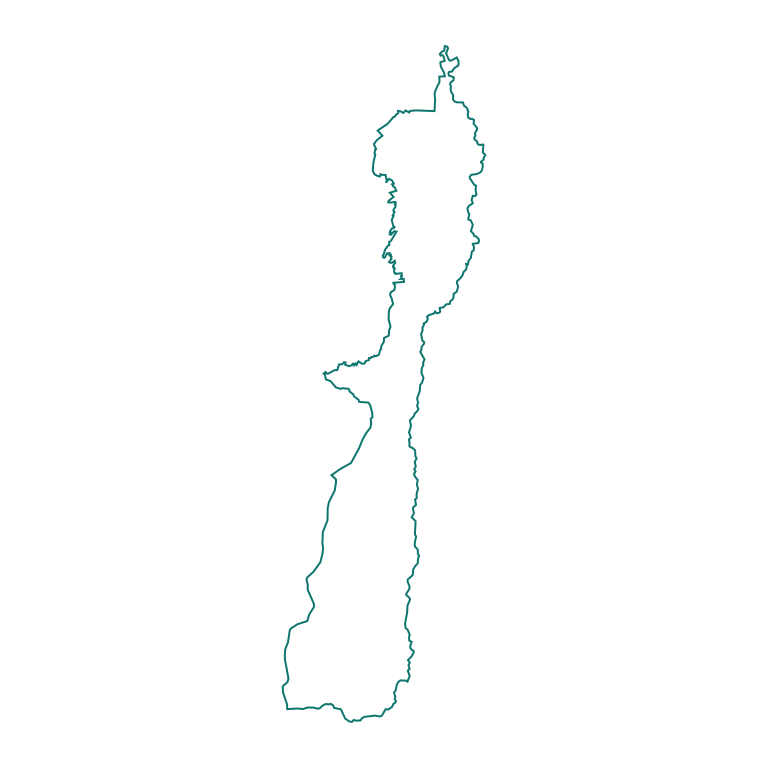 Villa Del Rosario, Norte de Santander, Colombia
{"feature_id": "7082276B64319066043835", "entity_name": "Villa Del Rosario", "entity_type": "district", "adm_level": 2, "iso_a3": "COL", "parent_name": "Colombia", "parent_adm1": "Norte de Santander", "projection": "albers", "projection_center": [-72.471, 7.772], "detail": "fine", "context": "isolated", "style": "outline", "palette": "teal", "viewbox_px": 768, "rotation_deg": 0, "n_neighbors": 0, "source": "geoboundaries", "source_scale": "gbopen_adm2", "svg_char_len": 6085}
<svg xmlns="http://www.w3.org/2000/svg" viewBox="0 0 768 768"><path d="M407.5,681.6L409.7,675.9L407.8,670.7L409.6,668.9L408.5,665.3L409.8,662.6L408.0,660.2L411.7,656.2L413.6,652.6L413.6,650.9L411.5,649.7L410.3,647.7L410.2,645.9L411.7,641.9L409.3,640.6L409.0,637.2L409.7,634.8L407.6,629.6L405.7,628.2L405.0,623.9L407.1,612.7L407.5,605.5L410.1,599.4L409.4,597.8L406.2,594.9L406.3,593.8L409.4,588.8L409.5,586.4L407.6,581.5L407.7,579.5L412.7,575.1L413.2,569.6L415.0,566.3L417.7,563.4L418.0,559.2L419.1,555.9L417.9,553.9L417.7,549.4L414.8,546.4L414.8,542.2L416.1,536.7L414.9,534.0L415.6,521.2L411.7,517.3L413.9,513.3L413.0,508.8L413.3,507.2L416.0,504.9L415.1,499.5L416.7,498.0L416.6,494.0L418.0,488.7L416.9,484.6L417.7,479.9L415.1,476.8L414.0,474.0L415.6,471.4L414.2,469.3L415.8,466.4L414.7,462.1L416.6,458.4L415.4,456.3L415.1,450.5L413.0,448.2L410.2,447.0L409.3,445.8L409.6,443.1L408.9,439.4L410.9,437.5L409.0,432.5L411.0,425.7L409.9,420.3L413.7,416.4L414.8,413.4L417.4,411.0L418.4,408.8L417.0,405.7L418.1,403.0L417.1,398.3L419.8,391.1L420.1,385.2L422.0,382.7L423.3,378.8L423.4,377.5L421.5,373.1L421.7,368.3L423.3,365.2L423.1,362.8L424.5,359.3L420.3,352.0L421.5,349.2L421.5,347.0L424.1,343.6L424.3,342.2L422.6,341.0L421.1,334.3L422.6,330.2L422.4,327.9L424.0,324.8L423.5,323.7L426.7,321.6L427.8,319.0L427.0,316.7L428.9,315.1L433.7,313.6L435.1,311.5L436.5,313.3L439.5,312.6L440.2,311.6L439.6,308.0L443.4,307.3L446.3,304.3L449.7,303.9L450.5,300.9L452.3,299.8L453.5,297.4L453.7,293.9L456.7,291.7L458.2,286.7L456.8,282.8L457.1,281.2L460.2,278.4L462.5,275.4L463.5,272.1L466.3,269.3L466.7,265.8L466.2,264.0L468.0,264.4L468.5,260.8L470.8,258.0L471.9,251.5L473.7,250.4L474.0,247.2L472.8,243.8L478.3,243.0L479.1,240.9L478.5,238.8L476.3,236.6L474.2,235.9L473.5,233.8L470.9,231.2L472.8,224.7L470.8,220.4L468.5,219.6L468.2,218.8L469.3,214.4L468.0,211.7L467.5,208.1L468.9,206.0L472.8,203.2L471.6,200.1L472.8,195.8L474.8,196.1L476.4,194.8L475.6,189.7L476.0,185.7L474.3,184.9L469.9,178.3L469.7,176.9L471.2,174.8L477.1,174.0L481.0,171.9L482.3,169.0L482.8,165.5L482.6,163.4L481.1,162.7L480.9,161.8L483.7,159.5L483.7,157.6L485.3,155.1L482.8,152.2L483.4,145.0L482.9,144.5L480.0,145.0L478.0,144.3L477.3,143.3L477.4,141.9L474.4,139.1L474.3,137.5L475.5,135.5L474.9,133.3L477.0,129.5L476.9,127.6L473.6,123.7L474.0,119.9L472.0,118.8L470.3,119.0L468.0,117.1L467.8,113.6L468.4,111.9L467.5,110.5L467.8,109.6L466.4,107.4L463.9,105.6L463.0,102.5L456.4,102.3L454.3,101.2L453.0,99.4L453.1,94.8L451.2,92.1L450.6,89.2L451.0,86.7L450.1,84.2L450.8,82.3L453.5,80.2L453.8,77.3L448.9,75.5L448.4,73.5L449.0,72.0L452.0,71.5L454.1,68.3L458.4,65.4L458.6,61.2L456.7,57.5L451.0,60.6L449.8,60.6L448.9,59.8L446.1,53.4L448.0,48.3L447.3,46.7L444.8,46.1L444.2,50.6L441.8,51.8L439.8,54.0L440.6,55.6L442.2,55.1L443.0,55.7L444.0,57.6L444.6,61.0L440.4,62.1L440.4,63.6L440.9,66.8L443.8,72.2L444.9,76.3L439.3,76.6L439.5,82.0L435.5,90.3L434.6,93.8L435.1,99.9L434.5,111.1L415.6,110.4L409.9,111.0L409.2,112.5L405.6,110.5L403.3,113.0L400.8,111.4L398.0,110.9L398.3,112.8L397.7,113.7L395.8,114.8L395.1,116.5L393.4,117.1L387.5,123.9L377.7,130.5L382.4,135.8L376.8,140.2L373.9,144.1L376.1,149.1L375.1,149.8L374.5,153.7L375.3,154.6L373.4,162.6L372.7,170.8L374.5,174.3L377.8,176.1L380.1,176.4L380.5,174.2L381.3,174.8L385.5,174.9L386.5,179.2L387.1,179.3L385.9,182.7L389.3,178.9L391.9,180.3L393.7,183.3L392.3,184.1L393.3,184.6L392.7,185.8L395.0,187.8L396.3,190.8L389.9,192.7L393.6,196.9L388.7,200.8L388.2,201.8L388.3,202.4L390.1,202.6L394.8,201.9L394.8,202.7L395.6,202.7L394.8,204.4L395.6,204.5L395.4,207.0L393.5,209.6L393.6,211.3L394.5,211.9L392.7,215.5L393.6,215.9L391.7,219.9L393.4,226.4L394.5,226.9L394.0,228.0L391.7,228.6L389.7,232.0L390.5,232.4L389.7,234.3L390.8,234.8L394.2,231.2L396.5,231.7L390.9,240.9L389.1,242.0L389.3,245.2L387.9,245.7L384.9,250.0L383.8,254.2L382.9,255.3L382.9,256.8L383.7,257.7L384.7,257.6L387.1,253.3L389.6,253.1L389.6,254.6L390.8,254.6L390.8,255.6L389.7,255.5L390.0,255.9L391.5,256.5L391.0,258.2L391.5,258.8L389.0,262.0L390.5,262.9L392.3,262.6L394.7,260.8L395.2,262.9L392.9,266.0L393.4,267.7L394.1,267.4L394.8,268.7L394.0,270.6L394.4,272.8L395.3,273.0L395.5,273.9L401.6,273.2L401.9,275.9L401.1,276.0L401.3,278.2L400.5,278.9L403.7,278.8L404.0,281.9L393.4,282.8L393.6,283.9L394.6,284.1L395.0,287.5L394.1,290.3L391.0,292.0L390.0,294.8L391.7,298.6L393.1,304.0L389.7,308.5L388.9,311.0L388.6,319.6L390.5,326.5L389.0,330.8L388.9,335.1L388.1,336.1L384.1,337.9L383.8,342.0L381.7,345.3L381.0,347.3L381.3,348.8L380.1,350.0L378.8,354.9L375.7,356.2L374.5,355.6L373.5,356.8L371.4,357.0L370.6,358.2L368.9,358.1L368.8,360.1L365.5,361.2L364.9,363.0L363.6,363.8L362.0,363.7L358.5,361.4L356.7,364.9L355.8,363.5L354.2,365.4L353.7,363.8L352.9,363.6L351.9,365.1L349.0,366.2L345.1,364.7L345.6,362.5L344.0,362.2L342.3,364.2L339.0,364.5L337.3,370.1L334.4,370.2L328.2,373.6L327.2,373.7L325.5,372.0L323.7,373.6L324.9,374.5L325.8,379.3L330.6,381.2L335.9,387.4L340.6,388.9L342.2,388.2L348.3,388.8L349.2,389.5L349.6,391.5L353.3,394.4L354.0,396.4L358.6,399.8L359.1,401.8L368.4,402.6L370.3,405.5L372.3,413.2L372.4,417.3L370.7,418.7L371.2,423.9L370.4,427.6L366.2,433.1L362.8,439.0L359.1,448.2L351.0,463.0L340.1,469.1L331.5,475.2L335.9,479.3L336.0,482.8L334.7,490.5L328.9,502.2L327.7,508.4L327.5,520.3L322.8,532.2L322.4,543.4L323.1,547.7L322.6,553.1L320.4,562.1L313.4,571.9L307.5,577.2L306.5,579.2L307.8,585.0L307.7,589.7L314.1,604.4L313.8,607.3L309.3,614.3L307.3,621.0L297.3,624.3L290.5,628.8L289.7,630.7L288.0,642.3L285.2,649.3L284.8,654.9L285.0,659.7L288.5,678.8L287.3,682.3L283.2,685.8L282.7,687.1L283.2,693.0L287.1,704.5L287.2,709.1L298.0,708.5L302.9,709.0L307.9,707.5L312.8,707.5L318.1,708.7L320.0,708.1L322.3,705.8L325.7,704.0L329.0,704.4L330.6,703.8L333.1,705.3L334.0,707.9L340.9,709.3L345.2,718.6L349.4,721.5L351.9,721.9L354.0,719.8L355.9,720.7L360.5,720.4L362.0,718.2L364.2,716.9L375.0,715.6L380.1,716.5L382.0,715.5L385.5,709.3L388.6,709.4L392.1,706.8L393.4,703.9L395.7,702.2L395.9,700.9L394.8,699.3L395.3,696.9L394.0,692.4L395.6,690.7L396.8,684.8L398.3,682.0L400.4,680.4L405.9,680.6L407.5,681.6Z" fill="none" stroke="#0f766e" stroke-width="2"/></svg>